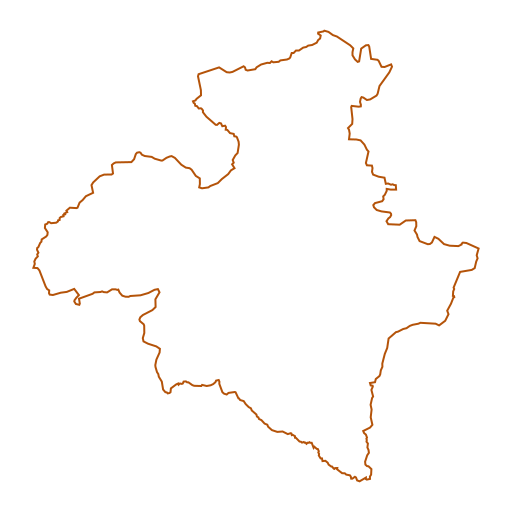 Kabongo, Katanga, Democratic Republic of the Congo (orthographic projection)
{"feature_id": "63176286B531915432051", "entity_name": "Kabongo", "entity_type": "district", "adm_level": 2, "iso_a3": "COD", "parent_name": "Democratic Republic of the Congo", "parent_adm1": "Katanga", "projection": "orthographic", "projection_center": [25.515, -7.094], "detail": "fine", "context": "isolated", "style": "outline", "palette": "amber", "viewbox_px": 512, "rotation_deg": 0, "n_neighbors": 0, "source": "geoboundaries", "source_scale": "gbopen_adm2", "svg_char_len": 5992}
<svg xmlns="http://www.w3.org/2000/svg" viewBox="0 0 512 512"><path d="M370.0,478.9L369.9,476.6L371.1,474.7L371.4,469.1L368.5,466.3L367.0,466.1L365.4,464.6L365.1,461.7L367.2,455.3L368.9,452.8L368.5,449.9L367.4,447.5L367.9,443.5L366.5,441.7L366.8,439.9L366.4,438.7L367.0,437.6L365.9,434.6L364.1,433.1L363.2,431.0L370.0,427.6L372.4,424.8L370.7,417.3L371.6,409.5L370.6,404.8L372.1,398.0L373.1,396.5L371.4,389.9L372.8,386.6L372.6,385.7L370.7,385.4L370.0,383.0L375.0,382.2L375.8,379.0L379.4,376.1L380.2,374.4L380.8,370.4L382.4,366.8L382.3,363.6L384.8,353.9L387.2,348.0L388.6,338.5L396.0,332.1L397.9,331.7L403.2,329.0L406.5,328.2L409.8,325.9L412.7,324.8L418.4,323.7L420.4,322.8L435.6,323.7L439.1,325.4L445.2,320.8L448.5,314.2L447.2,310.7L451.0,303.7L453.3,297.8L454.3,297.1L453.9,296.0L452.9,295.9L453.2,291.4L454.2,289.0L453.6,287.6L460.1,271.9L471.8,269.9L474.7,268.1L476.2,261.6L477.6,258.3L476.7,255.3L478.6,248.5L466.4,243.0L462.9,242.6L461.7,243.6L461.6,244.5L458.4,246.1L449.7,245.7L444.0,244.1L438.4,238.8L434.5,236.9L431.9,242.5L429.9,244.0L427.8,244.2L419.6,241.1L417.5,237.0L417.0,234.6L414.5,230.5L416.3,226.2L416.2,222.2L415.4,220.2L405.8,220.5L399.7,224.7L388.2,224.2L386.5,221.2L388.4,218.4L390.1,217.1L391.2,215.1L391.0,213.7L389.9,212.5L381.5,211.4L376.7,210.0L374.0,207.3L373.3,205.1L375.0,203.1L382.2,201.2L383.6,199.2L383.2,196.4L384.8,194.8L386.7,190.9L386.7,188.9L390.7,189.6L396.1,189.6L395.8,185.2L394.0,185.0L392.7,184.3L391.0,184.7L388.1,183.5L385.8,183.8L384.5,177.7L378.6,176.7L373.1,174.6L372.0,171.8L372.5,168.1L371.9,165.6L366.9,165.3L365.9,163.0L368.5,151.5L366.9,149.7L364.4,144.6L360.6,140.4L356.4,139.5L349.0,139.3L349.7,133.6L349.0,129.7L348.0,128.1L352.2,123.9L352.5,119.1L351.2,107.1L351.7,105.9L358.7,106.7L360.8,106.4L360.9,104.8L360.0,101.9L360.7,98.5L361.6,97.1L363.4,97.6L366.9,100.0L370.2,99.4L376.5,95.6L377.6,93.8L379.5,86.0L389.3,72.4L392.0,66.7L391.1,64.4L384.6,67.0L381.5,66.8L378.7,60.9L377.5,59.8L371.1,58.9L369.2,46.5L368.4,45.1L365.9,45.3L361.2,48.6L359.1,61.4L357.7,61.9L355.0,59.4L352.5,55.3L352.5,52.1L353.3,48.4L350.2,45.3L336.9,36.5L332.9,35.1L328.5,31.9L324.3,30.7L323.5,31.4L318.2,32.5L318.1,33.7L320.7,35.5L320.1,38.5L318.2,40.0L316.7,42.7L312.1,45.0L308.2,45.6L306.2,47.0L303.2,47.6L299.0,50.5L296.0,50.5L293.6,53.0L291.7,53.0L290.2,57.5L289.3,58.5L287.0,59.5L280.4,60.4L278.7,61.8L273.3,62.3L271.6,61.3L269.9,63.0L267.3,62.8L261.1,64.5L256.6,67.3L255.3,69.2L247.6,70.5L245.7,69.8L245.0,67.4L243.6,66.3L232.5,71.9L229.7,72.5L226.7,72.2L219.1,67.4L198.6,74.2L198.0,76.3L200.9,90.2L201.0,95.3L196.5,98.9L195.5,100.4L193.0,101.3L193.7,102.9L194.8,103.6L195.3,105.8L196.9,106.1L198.8,108.5L200.9,108.3L201.7,108.8L203.0,110.5L202.9,112.2L206.4,116.7L215.7,124.8L217.0,124.9L219.3,122.9L221.0,123.4L222.3,126.2L225.1,125.7L226.0,127.1L225.7,129.7L227.3,129.9L230.0,133.1L233.7,133.9L234.3,136.3L236.0,136.5L236.9,137.2L238.6,141.7L238.9,144.7L237.6,153.0L235.3,155.4L232.7,160.0L233.7,162.7L232.1,164.3L234.5,168.2L230.9,170.4L228.2,174.1L221.8,179.1L217.8,183.1L210.3,186.0L208.4,187.4L202.0,188.3L199.2,187.4L199.9,184.1L199.8,178.4L195.8,175.9L191.6,169.7L189.6,168.2L185.8,167.6L181.3,164.7L174.9,157.9L171.6,156.1L169.7,156.5L166.5,157.8L162.5,160.5L161.3,160.6L154.7,158.7L151.7,156.9L144.7,156.0L141.9,154.7L140.5,152.7L139.3,152.2L137.0,152.7L135.8,154.1L134.1,159.2L131.4,162.1L115.8,162.4L113.7,163.4L111.9,165.0L113.0,173.5L111.6,174.5L104.1,174.6L99.7,176.3L93.2,182.4L91.5,185.1L93.1,192.8L85.9,196.2L82.6,200.1L79.6,202.6L77.5,207.7L76.5,208.1L69.9,207.7L66.4,210.7L67.2,212.1L64.4,213.5L65.0,214.4L63.2,215.1L63.5,216.3L60.8,217.0L59.7,218.0L59.6,220.0L58.1,220.3L57.9,221.5L56.2,222.7L51.1,223.2L49.3,222.1L48.2,222.1L47.3,223.7L45.2,224.5L44.9,228.0L47.7,232.3L47.4,234.9L46.2,236.5L41.7,239.4L41.4,241.7L40.2,242.9L38.3,247.2L37.2,248.0L37.0,249.7L38.4,252.7L37.2,254.4L37.8,256.4L35.6,258.7L34.3,261.5L34.8,263.9L33.4,267.8L37.5,268.1L39.4,270.4L45.6,286.4L47.1,289.0L49.2,290.4L49.0,293.2L49.7,294.6L52.9,295.0L60.8,292.7L66.8,291.9L74.2,288.9L78.9,295.1L76.3,297.8L74.5,300.3L74.3,301.5L75.9,304.0L79.3,304.8L79.8,303.6L79.0,298.7L92.6,293.8L94.4,292.4L100.5,292.0L102.1,291.4L103.7,292.1L107.1,292.4L112.1,289.3L115.5,289.3L117.3,289.9L118.3,289.6L119.6,292.6L122.3,295.7L125.5,296.7L128.6,296.8L130.3,296.0L140.5,295.3L148.4,293.0L154.5,289.8L157.9,289.1L159.5,292.3L155.4,299.3L155.6,307.0L152.4,310.1L142.9,315.0L140.3,317.3L139.4,319.5L139.9,321.1L143.7,324.3L144.2,325.7L144.3,333.0L142.8,338.1L143.5,341.4L148.0,343.7L156.3,346.4L159.9,348.8L159.6,352.5L156.4,359.6L155.3,365.1L155.5,367.0L157.0,372.1L158.3,374.1L158.8,376.7L161.8,381.6L163.1,389.5L165.4,392.2L166.8,392.4L167.7,393.4L169.5,393.0L170.5,392.2L170.9,388.4L176.2,384.4L178.2,383.5L178.6,384.7L180.0,383.5L181.8,383.9L182.8,383.5L183.6,381.6L185.9,381.4L187.1,382.3L188.4,382.3L192.3,385.1L194.2,385.8L201.3,386.0L202.1,384.9L206.7,386.0L210.6,385.3L213.2,384.1L215.4,382.2L216.1,380.6L218.7,380.0L219.4,381.7L219.3,383.8L222.4,392.2L224.1,393.7L226.7,394.5L228.5,392.9L234.9,392.0L235.6,392.3L238.4,398.3L239.0,398.4L240.1,400.0L243.7,401.1L245.7,404.1L248.7,407.1L250.9,408.3L251.8,410.5L256.4,414.5L256.9,416.5L258.4,417.4L259.0,419.0L261.4,420.1L264.6,423.6L267.3,424.7L268.1,426.7L271.9,430.1L277.3,431.9L282.6,431.5L287.8,434.1L290.6,433.2L291.3,433.4L291.8,435.1L292.6,434.8L295.0,436.2L295.0,437.7L295.9,437.8L299.5,441.5L301.1,441.8L302.0,442.6L303.8,442.0L304.5,442.7L305.5,442.6L306.5,443.8L307.6,442.7L308.7,442.8L309.4,442.2L310.4,442.8L311.7,442.8L313.6,447.8L314.3,446.7L316.8,448.9L317.8,449.0L318.8,451.2L318.3,452.5L319.1,453.9L318.8,455.5L320.6,458.4L322.0,458.4L322.5,461.1L325.4,460.8L327.7,462.7L328.6,464.6L331.2,466.5L332.0,466.5L333.8,468.7L334.5,468.9L335.0,468.1L337.3,468.0L337.1,469.3L342.1,473.2L344.8,473.3L346.2,474.6L349.9,475.3L350.8,476.6L351.2,478.7L352.3,478.7L354.9,476.8L356.0,477.5L357.1,480.4L359.6,481.3L365.9,477.6L365.9,479.1L366.8,479.6L370.0,478.9Z" fill="none" stroke="#b45309" stroke-width="2"/></svg>